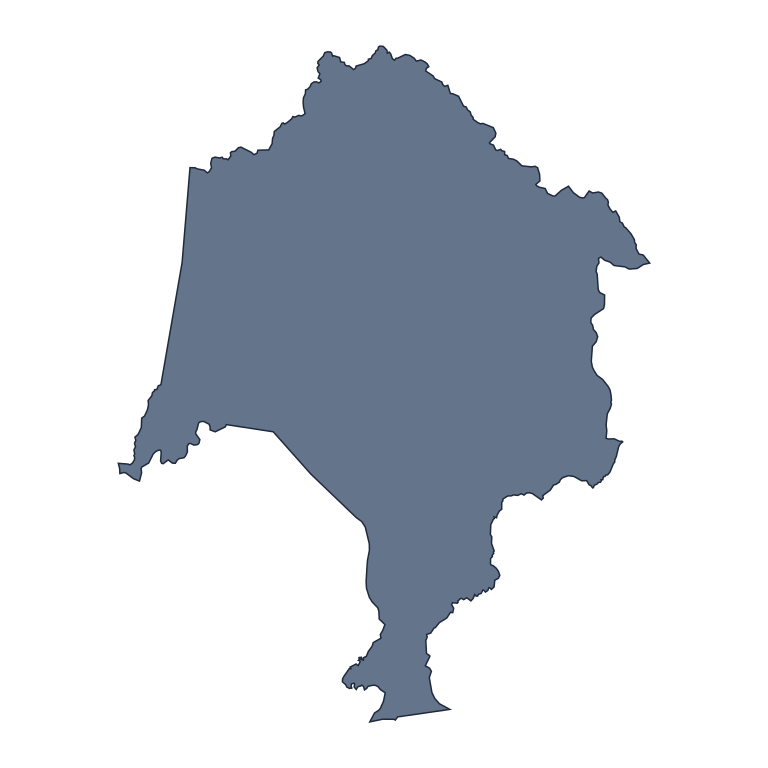 Thma Bang, Kaôh Kong, Cambodia
{"feature_id": "14789045B69195148792463", "entity_name": "Thma Bang", "entity_type": "district", "adm_level": 2, "iso_a3": "KHM", "parent_name": "Cambodia", "parent_adm1": "Kaôh Kong", "projection": "robinson", "projection_center": [103.537, 11.691], "detail": "fine", "context": "isolated", "style": "filled", "palette": "slate", "viewbox_px": 768, "rotation_deg": 0, "n_neighbors": 0, "source": "geoboundaries", "source_scale": "gbopen_adm2", "svg_char_len": 6060}
<svg xmlns="http://www.w3.org/2000/svg" viewBox="0 0 768 768"><path d="M649.7,263.1L643.2,255.0L639.0,254.1L636.1,248.6L636.2,244.6L634.7,242.6L634.4,239.7L631.0,233.8L625.7,227.7L624.3,227.1L622.4,223.1L619.9,221.8L619.3,217.3L615.7,210.9L612.9,212.3L610.4,209.5L608.0,205.2L608.3,201.9L607.4,199.4L606.3,198.8L601.8,193.1L598.4,192.0L592.7,193.0L589.1,191.0L584.5,197.5L583.1,198.0L579.6,197.3L573.4,192.7L568.5,186.2L561.4,190.3L555.0,196.0L553.0,196.0L547.5,193.4L545.2,188.5L539.5,187.3L536.7,185.8L535.8,184.4L539.9,181.0L539.6,174.4L537.6,167.7L535.0,166.3L531.7,166.9L521.9,165.8L516.5,160.7L513.1,159.1L508.6,158.5L507.1,155.4L504.7,154.8L504.6,151.5L501.8,150.7L500.7,149.3L497.3,150.5L495.7,149.9L493.5,145.1L489.9,143.7L489.4,142.8L495.1,136.9L495.9,133.3L493.4,127.7L482.9,123.4L480.6,123.8L477.9,122.7L473.2,119.3L473.2,117.7L471.1,115.0L470.2,111.8L467.5,109.8L466.2,107.0L463.5,106.1L458.6,96.3L452.7,93.7L450.4,93.5L447.8,85.3L444.7,86.4L442.8,84.6L441.8,82.0L434.6,78.6L433.2,76.0L425.7,71.0L426.4,68.3L428.8,66.7L427.2,63.8L425.0,62.0L421.0,60.0L416.3,61.1L414.2,58.2L409.8,55.4L405.4,54.5L397.6,58.2L396.1,58.2L394.5,60.2L392.4,58.6L390.6,53.7L389.2,52.1L387.3,53.1L387.0,50.3L383.3,46.4L379.9,46.1L378.5,46.9L377.8,49.8L375.9,50.8L375.1,53.1L372.3,55.6L371.2,58.4L368.4,59.2L368.3,60.7L364.3,63.7L356.2,66.0L355.3,68.5L353.7,69.6L349.1,65.9L346.5,65.9L344.9,64.6L344.3,62.4L340.7,61.8L339.6,57.5L333.7,55.7L332.6,56.2L331.6,53.0L330.5,52.0L327.6,51.8L324.8,52.6L323.2,56.2L318.0,61.4L317.8,63.4L319.2,65.0L317.1,67.7L318.1,71.7L319.9,73.8L318.2,78.1L320.7,79.7L321.2,81.3L318.7,83.0L316.8,81.9L314.1,81.9L311.3,83.7L310.0,86.8L307.4,89.4L305.6,89.8L305.3,94.0L303.5,97.6L303.1,102.3L303.5,107.0L305.1,113.7L301.8,115.9L298.5,115.4L295.1,117.1L292.9,116.5L291.6,118.9L287.3,122.5L284.6,124.1L283.3,122.9L281.9,123.3L280.2,126.8L274.3,131.4L273.9,135.5L272.6,138.2L272.1,143.7L268.7,149.9L257.9,150.2L257.0,153.2L254.0,154.7L251.1,152.2L240.9,147.1L238.4,147.7L235.0,151.2L231.6,151.7L230.4,152.8L230.8,156.0L228.1,159.8L226.8,158.9L223.3,158.8L222.1,157.2L219.7,158.0L215.0,157.1L212.0,158.3L210.7,163.3L211.5,167.9L209.2,171.6L207.3,172.9L204.3,170.2L197.3,168.9L195.2,167.8L190.0,167.6L182.1,262.6L160.9,384.8L158.3,385.7L156.9,389.5L154.6,389.7L154.2,391.1L152.5,392.5L151.8,395.8L148.1,400.5L148.5,404.6L147.5,409.6L144.5,416.1L141.7,418.1L141.3,427.6L138.0,434.6L134.9,437.1L135.8,440.4L134.5,443.3L135.5,446.8L133.9,449.9L134.7,453.8L133.9,455.8L134.7,457.0L134.4,460.0L132.4,463.1L129.9,464.9L128.2,464.1L118.3,463.3L119.6,468.4L119.9,473.6L123.8,472.5L125.9,473.0L133.5,478.7L139.5,481.1L141.6,472.7L141.1,468.6L141.7,467.1L148.7,463.0L153.2,454.0L155.9,451.4L159.2,450.0L160.6,450.3L161.2,452.3L160.6,461.0L161.6,463.3L163.2,463.7L168.2,459.9L172.3,463.1L175.3,463.3L177.3,460.0L179.2,458.6L183.9,457.8L185.5,456.0L187.4,452.0L187.3,446.1L188.8,443.7L190.4,443.4L193.9,445.1L197.2,444.7L198.8,443.6L199.9,439.7L195.9,434.1L195.6,432.2L197.0,429.5L198.4,423.7L199.1,422.4L201.1,421.6L203.6,421.4L209.1,424.2L210.1,427.0L210.1,429.9L215.2,431.8L225.3,426.9L226.3,424.6L273.3,431.8L310.8,474.0L356.3,517.6L361.7,521.5L365.3,527.1L369.3,543.8L369.4,550.4L367.5,560.3L366.9,568.1L366.1,581.8L366.5,588.3L369.4,597.5L372.3,602.1L377.8,607.8L378.9,611.5L379.2,619.1L384.9,624.5L382.8,630.3L380.3,634.5L380.9,638.2L373.2,642.6L372.2,646.1L368.4,651.3L366.3,656.4L363.7,657.6L363.4,660.1L361.4,659.5L362.0,658.9L361.5,657.3L359.1,657.5L358.8,657.9L359.9,658.7L358.4,660.4L359.7,660.8L360.1,661.9L358.1,665.6L356.1,664.0L350.1,667.1L350.9,668.6L349.2,668.7L344.0,676.2L342.6,678.8L342.4,681.8L345.6,684.6L346.9,687.1L349.7,688.5L351.1,687.8L352.1,688.6L351.1,686.2L351.5,683.8L354.2,683.3L354.6,684.2L354.1,686.9L356.2,689.5L357.9,686.7L360.7,686.1L361.8,685.1L363.5,686.4L364.5,689.9L366.6,688.5L368.1,686.3L373.1,685.2L375.8,685.5L378.1,686.7L380.2,689.4L385.2,692.8L383.5,701.3L380.3,708.4L378.8,710.2L374.5,713.0L369.8,721.9L382.8,719.2L394.0,719.3L395.3,720.1L397.7,716.9L449.8,709.4L439.5,703.8L434.8,698.5L431.9,692.5L429.3,677.6L431.4,671.3L429.5,668.1L425.3,665.8L429.8,656.5L429.7,655.7L426.5,653.5L425.8,640.5L427.2,637.1L426.6,634.4L430.6,633.2L434.2,627.9L435.4,627.6L439.4,622.6L446.8,618.0L450.5,612.3L452.7,612.7L453.7,608.2L451.6,604.8L452.5,602.7L457.2,603.2L458.1,602.2L457.8,601.2L460.3,598.7L461.5,598.4L463.7,599.6L466.8,597.8L470.9,600.9L473.2,598.4L474.7,594.6L475.9,596.0L477.6,596.1L478.4,594.3L481.1,593.5L482.9,590.1L484.2,590.5L485.4,592.1L487.8,590.5L488.8,587.9L489.7,587.6L491.4,589.5L494.1,586.9L494.8,580.2L498.3,578.4L499.8,575.4L498.3,571.2L496.2,568.2L493.3,565.7L491.0,564.9L490.5,563.6L490.6,558.5L492.4,556.6L492.2,555.2L493.7,553.5L493.4,551.9L494.2,551.0L491.5,543.4L491.8,536.9L490.4,534.5L490.8,524.7L493.3,519.3L494.4,518.5L494.1,516.9L496.6,517.7L497.0,515.3L499.4,511.0L501.7,509.3L501.7,502.5L502.9,500.8L502.9,499.0L507.7,496.0L511.7,495.8L513.3,494.9L517.8,495.4L521.2,493.7L524.0,495.1L526.6,493.0L529.2,492.8L532.1,493.4L541.5,499.9L543.3,498.0L542.7,495.7L550.4,490.0L553.6,484.9L555.7,484.5L559.3,482.2L560.4,479.7L562.5,477.7L568.4,475.7L574.0,476.5L581.7,480.8L586.6,480.6L589.1,484.8L590.8,485.5L592.6,487.9L593.4,487.7L594.2,485.3L597.4,483.8L598.3,482.5L600.5,482.2L601.4,480.7L601.0,479.8L602.8,479.6L603.4,476.8L605.1,476.3L605.9,475.0L607.6,474.9L609.9,472.2L613.4,463.7L614.7,462.2L614.8,459.9L616.3,456.6L618.7,446.6L620.3,443.9L622.7,441.9L622.0,441.2L619.5,441.3L614.2,438.8L608.6,439.0L606.1,438.3L606.8,430.7L606.1,425.0L607.3,413.8L610.2,408.4L611.5,404.0L610.8,402.1L611.5,400.3L610.9,394.2L609.9,389.6L608.1,386.4L602.8,379.7L597.0,375.3L593.8,370.2L592.3,366.9L591.3,361.2L592.4,346.2L596.2,341.7L597.7,336.7L596.2,332.6L593.5,329.5L592.6,325.3L590.8,322.4L591.1,318.1L594.5,314.5L603.6,308.6L604.5,304.4L604.6,295.0L599.7,292.5L598.2,289.5L597.2,274.2L596.1,271.6L596.8,266.3L599.0,262.9L598.5,258.3L601.0,257.1L604.5,260.2L610.2,262.2L614.0,265.5L625.1,266.9L629.2,269.1L637.2,268.5L643.4,264.5L649.7,263.1Z" fill="#64748b" stroke="#1e293b" stroke-width="1.5"/></svg>